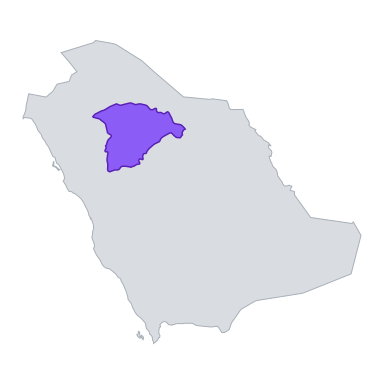 Saudi Arabia, with Ha'il highlighted
{"feature_id": "SAU-847", "entity_name": "Ha'il", "entity_type": "Region", "adm_level": 1, "iso_a3": "SAU", "parent_name": "Saudi Arabia", "parent_adm1": "", "projection": "natural_earth1", "projection_center": [41.874, 27.094], "detail": "fine", "context": "in_parent", "style": "filled", "palette": "violet", "viewbox_px": 384, "rotation_deg": 0, "n_neighbors": 0, "source": "natural_earth", "source_scale": "10m", "svg_char_len": 6708}
<svg xmlns="http://www.w3.org/2000/svg" viewBox="0 0 384 384"><path d="M302.7,293.2L257.6,300.4L255.1,301.1L241.0,309.3L231.5,322.9L229.3,329.3L228.1,330.3L226.2,331.6L224.5,332.5L221.7,332.4L218.5,327.4L217.7,326.4L216.9,326.3L210.9,327.0L198.2,325.7L196.1,325.4L193.3,323.7L192.6,323.4L191.9,323.3L185.3,323.2L182.1,323.7L179.0,323.5L175.7,323.8L174.6,324.5L173.3,324.4L172.5,325.0L171.8,325.3L171.0,324.8L170.0,324.9L168.5,324.5L167.5,323.4L166.6,322.4L165.7,321.9L164.6,321.6L163.7,321.6L162.5,322.2L161.8,322.7L160.0,324.6L159.9,325.3L160.7,326.4L160.5,326.9L159.4,327.6L159.1,329.3L158.9,330.3L158.8,332.6L159.3,334.4L159.9,335.1L159.9,335.9L159.6,337.5L158.6,337.9L157.9,339.4L157.5,340.1L156.7,340.9L153.6,343.5L153.5,342.0L152.5,339.7L152.4,338.1L152.0,336.5L151.1,335.3L149.6,334.0L149.5,332.3L148.3,330.5L146.8,329.1L146.0,326.6L145.4,323.1L141.4,318.6L136.5,314.5L135.0,312.1L132.6,307.4L131.3,303.6L128.0,299.3L127.9,297.6L127.4,295.6L126.7,293.3L126.2,291.5L122.9,283.7L121.9,282.4L121.0,280.7L120.7,279.3L120.4,278.6L118.1,277.3L115.9,274.0L109.4,268.8L106.3,268.2L103.7,266.4L101.9,263.9L99.9,259.7L96.5,255.1L93.5,248.7L94.5,246.3L94.4,244.7L93.5,241.9L92.6,239.7L91.9,237.7L92.4,234.8L92.7,231.5L93.3,229.8L93.7,227.9L93.2,224.0L92.2,222.0L92.3,220.6L91.2,219.9L90.3,218.4L91.2,218.4L89.5,216.4L88.9,215.2L88.3,212.4L87.5,210.3L84.9,205.4L83.6,202.5L80.9,198.6L77.8,195.8L75.9,194.5L75.0,193.4L73.4,193.3L71.6,191.6L70.4,191.6L68.9,191.3L67.1,188.1L65.7,185.1L63.2,181.1L63.8,180.1L64.6,178.4L64.2,176.3L63.9,174.8L62.8,172.1L59.2,165.3L58.2,164.3L56.7,163.2L55.7,160.3L55.3,157.7L52.8,156.4L48.6,147.0L46.2,143.7L45.2,141.5L42.4,137.8L41.0,134.2L38.2,130.8L35.8,125.0L32.0,119.2L30.4,118.2L26.4,117.8L24.7,117.4L23.2,118.7L23.0,117.0L24.1,114.8L25.8,110.1L26.1,106.0L28.7,93.8L45.6,97.0L46.4,96.8L53.0,91.1L56.7,84.6L57.5,84.0L68.8,81.5L69.2,81.1L71.5,75.3L71.7,75.0L72.1,74.7L77.0,71.7L69.2,62.0L61.1,52.6L92.7,42.9L93.3,42.7L95.6,40.5L109.5,42.9L114.9,44.0L116.6,44.9L141.7,60.6L154.1,71.8L183.2,96.7L183.6,96.9L209.7,99.4L212.4,98.8L219.6,99.8L226.8,100.8L228.2,103.8L228.7,105.8L229.2,107.8L230.7,109.6L236.7,109.5L242.9,109.4L243.8,111.3L244.3,113.1L246.0,117.3L248.4,120.7L249.0,121.9L249.4,123.7L249.0,124.4L248.8,125.2L250.6,127.0L253.5,128.6L254.6,129.0L255.9,129.7L254.9,130.7L256.7,133.2L258.7,135.7L260.8,136.2L263.7,140.0L268.1,142.5L270.8,145.7L270.5,145.7L269.7,145.4L268.8,145.0L268.5,145.4L268.6,146.7L268.8,148.3L270.2,149.6L271.4,150.6L271.9,152.5L271.0,156.5L270.7,156.5L270.1,156.1L269.4,156.1L269.1,156.3L269.9,159.2L270.7,161.4L271.7,163.1L272.5,165.7L273.2,166.8L276.1,169.5L277.0,171.8L277.8,176.0L279.6,178.4L280.6,180.2L281.9,181.7L282.8,183.8L284.0,185.5L284.6,185.9L285.5,186.0L286.6,186.1L288.0,185.6L289.4,185.2L290.6,186.1L291.7,185.9L291.8,186.7L291.1,187.8L290.2,190.4L291.6,190.8L292.9,191.0L293.8,191.4L294.3,191.4L294.4,192.0L294.5,194.5L294.8,195.4L310.7,217.5L352.0,223.5L352.2,223.4L353.3,221.9L361.0,235.4L351.1,273.9L302.7,293.2ZM140.4,336.9L141.6,337.1L141.1,336.4L141.0,336.1L141.6,335.3L143.4,337.1L143.3,339.2L143.2,339.7L142.7,339.3L142.4,338.8L142.3,338.3L141.8,337.8L140.0,338.1L138.9,337.6L137.3,335.7L136.9,334.4L137.6,334.2L138.3,333.5L138.7,332.5L138.3,331.4L139.2,331.6L139.7,332.7L139.8,335.2L140.0,335.7L139.7,336.3L140.4,336.9ZM58.8,170.3L58.4,170.3L57.3,169.0L56.6,168.0L56.0,167.4L52.9,166.1L52.5,165.3L53.0,164.4L53.3,165.3L53.9,165.7L56.4,166.9L59.2,169.5L59.7,169.7L58.8,170.3ZM54.0,164.0L53.8,164.2L53.2,163.5L53.2,162.1L53.8,161.2L53.7,162.4L54.0,163.5L54.0,164.0Z" fill="#d9dde1" stroke="#a8b0b8" stroke-width="1"/><path d="M179.8,137.8L179.4,137.8L178.3,137.6L176.7,137.5L176.3,137.4L175.6,136.9L173.5,135.1L172.4,133.8L171.8,133.3L171.4,133.0L171.1,132.9L170.7,132.8L170.4,132.9L170.0,133.0L169.2,133.3L163.2,136.6L162.0,137.5L161.2,138.3L160.6,139.1L160.0,140.6L159.7,141.0L159.4,141.5L158.9,141.9L155.2,143.6L153.3,144.9L149.1,148.6L147.2,150.9L146.8,151.8L146.5,152.5L146.4,152.9L146.2,153.2L145.9,153.4L145.1,153.6L144.7,153.6L144.3,153.6L144.0,153.6L143.7,153.8L143.4,154.1L143.1,154.9L142.8,155.7L142.7,156.1L142.7,156.5L142.7,156.9L143.0,158.4L143.1,158.6L143.1,158.9L143.0,159.2L142.8,159.5L142.5,159.6L142.1,159.6L141.8,159.5L140.5,159.0L140.2,158.9L139.9,158.9L139.5,159.1L139.1,159.6L138.9,160.0L138.8,160.5L138.8,160.9L138.9,161.3L139.7,162.8L139.8,163.1L139.8,163.4L139.7,163.7L139.5,164.0L139.1,164.1L137.5,164.3L137.0,164.4L136.4,164.7L133.9,166.2L133.3,166.4L132.4,166.5L131.7,166.7L131.1,167.3L129.7,166.9L125.2,166.2L122.5,166.3L122.0,166.4L121.5,166.6L121.0,166.9L120.7,167.3L119.5,168.9L119.2,169.2L118.8,169.4L118.6,169.6L118.3,169.7L118.0,169.8L117.7,169.9L117.0,170.0L115.1,169.9L114.3,170.1L110.3,171.6L109.9,171.7L109.6,171.7L109.2,171.6L108.9,171.5L108.6,171.3L108.4,171.2L108.1,170.9L107.9,170.5L107.7,170.1L107.6,169.6L107.8,164.4L107.5,162.5L107.0,160.4L107.0,159.9L107.0,159.3L107.9,152.9L107.9,152.5L107.7,152.1L107.4,151.8L107.0,151.7L106.2,151.9L105.9,151.9L105.5,151.7L105.2,151.4L105.0,151.0L105.0,150.6L105.2,150.0L105.8,148.8L105.9,148.6L106.0,147.9L106.0,147.5L106.0,147.0L105.9,146.6L105.6,145.8L105.9,145.6L106.2,145.2L106.5,144.6L107.4,141.4L107.9,140.4L108.6,139.3L110.6,137.5L110.9,137.1L111.1,136.7L111.3,136.4L111.3,136.0L111.3,135.6L110.9,135.1L110.6,134.8L108.6,133.7L108.0,133.2L107.8,133.0L107.5,132.6L107.4,132.2L105.7,124.7L105.5,124.2L105.3,123.8L104.4,122.8L102.5,121.2L101.5,120.7L101.1,120.3L100.7,119.9L100.3,119.4L99.7,119.1L98.8,118.7L93.7,117.4L93.3,117.2L93.1,117.1L92.8,116.7L94.6,114.6L94.9,114.3L95.3,114.1L101.3,111.0L104.1,110.2L110.0,106.6L116.1,104.0L116.4,103.9L117.4,104.2L119.2,105.0L120.1,105.3L120.5,105.3L128.9,103.2L130.1,103.0L130.7,103.0L131.3,103.1L135.1,104.5L135.7,104.6L136.1,104.6L136.5,104.5L138.4,104.0L140.1,103.9L140.5,103.9L146.0,105.2L146.7,105.6L147.1,105.8L147.4,106.1L149.4,108.6L149.8,109.0L150.4,109.4L151.2,109.7L151.7,109.8L152.3,109.8L152.7,109.6L153.2,109.4L154.5,108.7L154.9,108.5L155.4,108.4L155.9,108.4L156.2,108.6L156.4,108.7L156.4,108.9L156.5,110.3L156.5,110.6L156.7,111.0L156.9,111.6L157.3,112.0L157.8,112.4L158.3,112.5L158.7,112.6L160.3,112.4L160.8,112.5L161.2,112.6L162.9,113.5L163.6,113.8L164.0,113.8L164.3,113.8L165.0,113.4L166.8,112.1L167.3,111.9L167.8,111.9L168.2,112.1L168.6,112.4L168.9,112.8L171.6,118.0L172.9,121.8L173.5,122.6L173.9,123.0L174.3,123.3L174.9,123.6L175.3,123.8L180.2,124.6L180.8,124.8L181.5,125.2L181.9,125.5L184.5,128.1L184.9,128.6L185.2,129.1L184.2,129.5L183.5,130.2L183.1,130.8L182.6,131.6L182.4,132.2L182.2,132.8L182.2,133.1L182.2,133.6L182.2,134.0L182.4,134.6L182.5,134.9L181.8,135.5L180.6,137.4L180.4,137.6L180.1,137.7L179.8,137.8Z" fill="#8b5cf6" stroke="#5b21b6" stroke-width="1.5"/></svg>